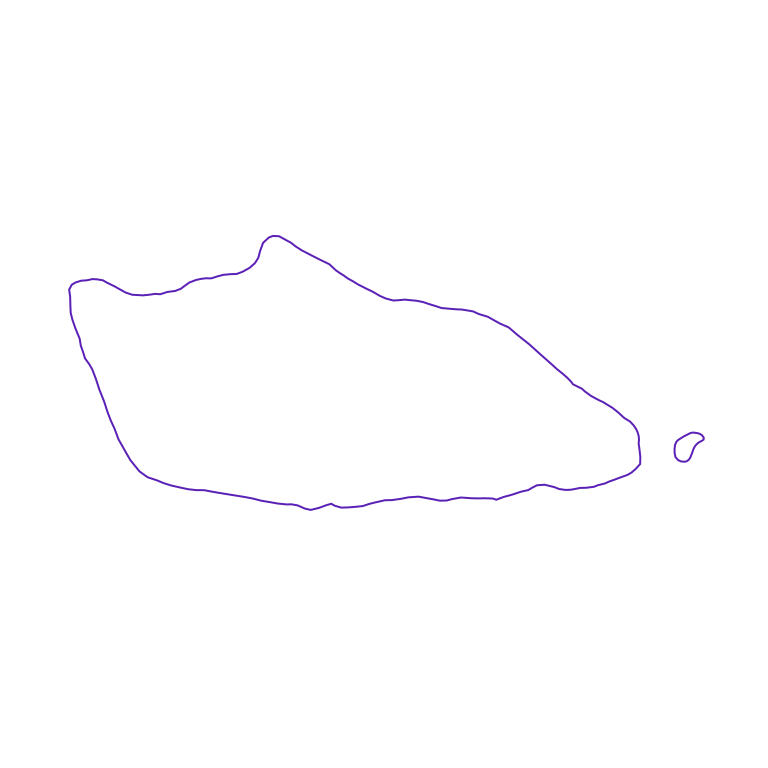 North Maalhosmadulu, Maldives (Albers equal-area conic projection), rotated 97°
{"feature_id": "70690204B68213949051923", "entity_name": "North Maalhosmadulu", "entity_type": "district", "adm_level": 2, "iso_a3": "MDV", "parent_name": "Maldives", "parent_adm1": "", "projection": "albers", "projection_center": [72.932, 5.655], "detail": "fine", "context": "isolated", "style": "outline", "palette": "violet", "viewbox_px": 768, "rotation_deg": 97, "n_neighbors": 0, "source": "geoboundaries", "source_scale": "gbopen_adm2", "svg_char_len": 2985}
<svg xmlns="http://www.w3.org/2000/svg" viewBox="0 0 768 768"><g transform="rotate(97 384 384)"><path d="M515.0,454.9L517.3,447.4L517.9,441.4L514.9,433.4L511.5,426.9L509.3,421.7L510.8,418.2L511.9,411.4L510.9,404.8L509.1,396.0L507.7,390.1L504.9,384.2L502.5,378.0L499.2,368.7L498.3,362.1L495.9,353.2L493.5,345.9L491.6,335.9L492.1,327.6L492.5,320.4L493.0,314.4L492.0,307.5L490.0,302.6L487.3,293.9L486.7,282.9L486.1,276.9L485.1,269.9L484.4,261.9L485.2,258.5L481.6,251.6L478.2,243.3L474.2,234.9L471.7,227.9L469.0,224.4L465.9,219.9L464.4,212.2L465.6,202.3L466.9,197.4L467.0,190.8L466.2,185.8L464.7,181.0L463.2,176.6L462.4,170.8L460.4,163.0L458.4,159.4L455.8,152.6L453.4,148.7L451.2,144.2L448.4,138.9L444.6,131.3L441.6,127.4L437.7,123.9L432.2,120.0L425.2,120.7L418.4,122.3L412.0,124.0L408.3,124.1L404.5,124.9L400.6,126.6L397.8,128.4L394.7,131.1L391.3,135.2L388.5,141.3L386.6,144.0L383.6,148.2L379.8,154.4L377.5,159.5L375.3,164.2L373.9,168.6L370.7,176.9L367.1,183.4L364.5,187.1L361.3,196.3L358.9,198.6L355.6,202.7L352.8,206.7L350.3,210.7L347.8,214.7L343.8,220.3L335.3,232.7L327.0,244.5L319.0,257.6L312.6,267.2L310.0,275.9L308.0,280.9L304.6,289.2L303.0,298.4L301.1,304.4L300.8,310.7L300.6,315.6L301.1,322.0L301.4,330.6L301.6,336.1L300.5,341.5L299.7,346.0L298.9,350.5L297.9,355.2L297.4,361.9L297.6,367.6L297.7,373.6L298.9,379.0L300.0,384.9L298.9,392.7L297.0,399.0L293.9,406.1L291.5,413.2L288.2,422.3L285.8,427.4L283.7,432.7L281.1,437.4L279.5,440.9L277.1,445.5L271.8,452.8L268.3,463.0L265.5,470.8L261.5,481.6L258.3,488.3L255.0,493.8L253.2,498.5L250.1,506.2L250.6,512.3L252.6,516.1L258.6,521.2L267.1,523.2L274.0,524.1L279.9,526.9L285.2,531.7L289.8,538.0L292.7,543.6L293.7,549.7L295.2,556.7L297.3,562.0L300.2,568.3L300.8,573.9L302.0,578.5L303.7,583.4L307.1,589.7L310.9,593.8L314.2,597.2L317.1,602.6L319.0,610.1L322.2,617.1L322.4,622.0L324.0,627.8L325.4,634.1L326.1,644.8L324.6,652.0L322.4,657.3L319.9,663.4L317.2,671.3L315.3,675.8L315.1,681.9L315.4,686.2L317.3,691.6L318.3,696.9L320.8,702.5L323.5,706.0L328.7,708.0L335.9,706.1L345.3,704.7L351.7,703.6L358.4,701.0L366.3,697.1L376.1,691.6L382.9,689.6L388.9,686.6L395.0,683.9L400.1,679.1L405.0,675.4L414.2,670.5L424.1,665.9L435.8,659.5L444.9,655.3L453.1,651.0L461.4,645.9L471.4,640.7L477.7,636.0L484.5,631.0L490.4,626.5L495.0,621.8L500.5,616.1L503.7,610.3L505.4,607.1L507.2,598.0L509.3,590.4L510.7,582.5L511.5,574.7L512.3,565.8L512.2,557.4L511.3,549.5L511.9,540.3L512.3,530.9L512.7,520.3L513.1,509.1L513.7,500.0L514.8,491.6L515.2,482.1L515.6,474.9L515.4,466.3L514.7,461.0L515.0,454.9ZM424.6,76.9L424.1,74.6L422.4,72.5L420.0,71.1L416.8,70.3L414.3,69.6L411.9,69.2L409.8,68.6L407.2,67.4L405.4,66.1L404.0,64.9L403.3,63.9L402.5,62.9L401.6,61.5L400.2,60.0L398.3,60.1L396.3,61.9L395.1,64.1L394.6,66.6L394.5,68.4L394.5,70.2L394.6,71.8L395.2,73.4L396.1,75.1L397.4,76.9L398.9,79.3L400.4,81.2L401.7,82.8L403.7,85.2L405.7,86.7L408.8,87.7L413.0,87.7L416.8,87.2L421.0,85.8L423.6,82.9L424.6,80.0L424.6,76.9Z" fill="none" stroke="#5b21b6" stroke-width="2"/></g></svg>